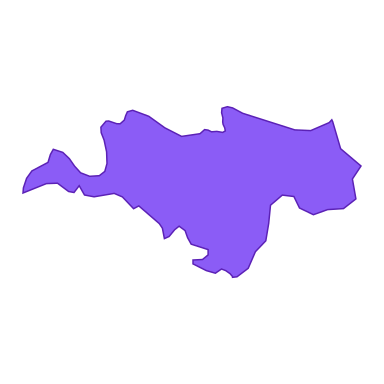 the District of Briceni
{"feature_id": "MDA-1613", "entity_name": "Briceni", "entity_type": "District", "adm_level": 1, "iso_a3": "MDA", "parent_name": "Moldova", "parent_adm1": "", "projection": "robinson", "projection_center": [26.94, 48.261], "detail": "fine", "context": "isolated", "style": "filled", "palette": "violet", "viewbox_px": 384, "rotation_deg": 0, "n_neighbors": 0, "source": "natural_earth", "source_scale": "10m", "svg_char_len": 1311}
<svg xmlns="http://www.w3.org/2000/svg" viewBox="0 0 384 384"><path d="M74.0,192.5L68.6,191.5L57.5,183.2L46.4,183.6L23.0,193.0L23.4,187.9L26.6,178.3L31.9,170.9L48.0,162.4L50.4,154.5L53.3,149.3L62.8,152.4L69.4,158.7L74.6,166.2L80.6,172.8L89.7,176.3L99.3,175.7L104.8,171.4L107.0,163.5L106.6,151.9L104.1,140.1L101.2,132.7L100.9,127.2L106.0,121.2L108.7,121.0L116.7,123.7L120.1,123.8L124.3,120.1L125.7,115.6L127.4,111.8L132.7,110.3L148.8,116.3L164.8,127.8L181.6,136.4L200.0,133.7L204.6,129.6L208.1,130.1L211.5,131.8L216.8,131.4L222.7,132.4L225.3,130.9L224.7,127.8L223.1,124.4L222.7,122.0L222.9,117.9L221.6,112.7L222.0,108.3L227.4,106.7L232.6,107.9L242.7,113.3L294.8,129.9L310.7,130.6L329.2,122.6L331.8,119.8L332.7,121.7L340.6,148.7L361.0,166.0L352.4,179.0L355.9,198.9L343.5,208.6L327.6,209.6L313.4,214.7L299.5,208.0L293.9,196.5L282.3,195.1L270.5,205.2L268.7,223.4L265.8,240.8L255.4,251.7L248.2,268.3L237.0,276.8L232.6,277.3L232.7,276.8L230.1,273.7L225.7,270.6L221.5,269.0L215.4,273.2L206.3,270.6L193.0,263.9L193.0,260.0L202.5,259.5L208.1,254.9L208.1,249.6L191.2,244.2L187.6,237.7L185.1,230.6L179.1,226.2L174.7,229.7L169.1,236.5L164.4,238.6L162.4,228.2L159.3,223.6L138.8,205.9L133.6,208.7L122.4,196.9L114.2,193.4L94.1,196.8L84.5,195.0L79.2,185.7L74.0,192.5Z" fill="#8b5cf6" stroke="#5b21b6" stroke-width="1.5"/></svg>